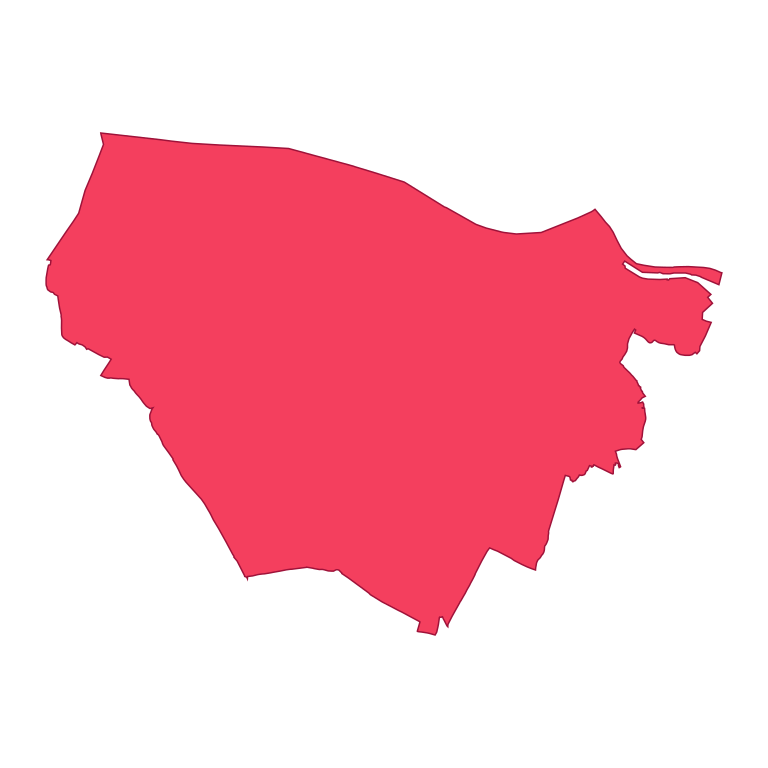 the district of Somova, Tulcea, Romania
{"feature_id": "2599482B80721058448437", "entity_name": "Somova", "entity_type": "district", "adm_level": 2, "iso_a3": "ROU", "parent_name": "Romania", "parent_adm1": "Tulcea", "projection": "mercator", "projection_center": [28.654, 45.188], "detail": "fine", "context": "isolated", "style": "filled", "palette": "rose", "viewbox_px": 768, "rotation_deg": 0, "n_neighbors": 0, "source": "geoboundaries", "source_scale": "gbopen_adm2", "svg_char_len": 6041}
<svg xmlns="http://www.w3.org/2000/svg" viewBox="0 0 768 768"><path d="M595.0,209.3L592.7,211.0L590.9,212.0L577.7,218.0L541.2,232.5L516.3,234.0L504.0,232.5L501.5,232.0L486.3,228.1L476.0,224.4L446.6,207.8L445.4,207.3L444.6,207.1L404.3,182.1L378.1,173.8L354.8,166.7L353.5,166.2L288.6,148.5L262.9,147.0L219.2,145.0L192.0,143.4L171.3,141.1L162.0,139.9L100.8,133.0L101.0,134.3L103.5,144.4L99.4,155.2L92.3,173.3L85.1,190.4L78.7,213.2L73.4,221.3L66.1,231.8L47.2,259.7L48.5,259.8L50.9,260.5L50.7,262.4L50.3,264.7L50.0,264.9L49.0,265.0L48.7,265.1L48.4,265.7L47.7,268.9L46.2,277.6L46.1,280.2L46.1,284.0L46.3,285.7L47.0,287.4L47.3,288.8L47.8,289.8L50.5,291.8L51.0,292.0L53.0,292.4L53.5,292.8L54.2,293.9L54.6,294.3L57.8,295.9L58.2,299.0L59.6,308.1L61.1,314.5L61.2,315.6L61.1,316.3L61.4,318.1L61.6,320.3L61.5,327.9L61.8,334.4L61.9,335.0L62.5,336.3L63.6,337.8L65.5,339.3L68.2,340.9L71.3,342.9L74.9,344.9L75.5,344.3L76.9,342.6L78.3,343.6L79.2,344.0L82.3,344.9L85.1,346.9L86.7,349.3L88.1,348.7L98.6,354.5L104.1,357.2L107.5,357.1L111.2,359.2L109.0,362.7L104.1,370.1L100.8,375.5L104.9,377.4L107.5,378.1L109.5,378.1L110.8,377.9L113.4,378.3L118.6,378.7L119.7,378.6L123.5,378.7L129.0,379.3L129.7,384.1L129.9,385.1L130.8,386.5L131.3,387.6L131.7,388.2L132.8,389.6L133.8,390.5L135.7,393.1L137.5,395.1L138.2,395.8L139.2,396.9L141.0,399.2L142.9,402.0L144.0,403.4L146.4,406.2L149.6,408.3L150.1,408.5L150.4,408.5L152.9,407.8L152.0,409.1L151.5,410.3L150.9,412.0L150.3,413.5L149.9,414.7L149.8,415.8L149.9,418.8L150.1,419.7L150.5,421.1L151.5,422.7L151.6,423.2L151.8,424.8L152.0,425.6L153.2,428.2L153.9,429.4L156.0,431.9L157.3,434.1L157.5,434.0L158.6,435.1L159.0,435.7L162.0,441.8L162.5,443.5L163.2,445.0L163.6,445.7L164.7,447.2L168.6,452.5L173.1,458.9L172.9,459.7L176.6,465.9L178.7,470.0L181.3,475.6L183.7,479.2L186.1,482.3L201.3,499.1L204.6,503.8L208.3,510.2L209.4,512.0L210.7,514.4L213.4,519.9L218.6,528.5L225.9,541.6L232.7,554.3L234.0,556.3L233.9,557.2L237.1,561.0L244.8,576.1L244.7,576.4L244.8,576.5L246.0,576.9L246.5,577.2L246.9,577.6L247.4,578.7L247.6,576.5L252.6,575.9L257.8,574.6L259.6,574.3L262.0,574.0L264.7,573.8L270.7,572.8L273.1,572.3L280.5,571.0L286.4,569.8L290.0,569.3L291.9,569.2L306.8,567.3L306.8,567.2L313.3,568.3L313.7,568.5L319.3,569.5L322.2,569.4L323.9,569.7L328.2,570.9L331.5,571.1L333.6,571.1L335.8,569.9L336.8,569.7L338.0,569.8L338.9,570.1L341.3,572.5L341.8,572.9L341.8,573.5L348.3,577.9L368.8,593.0L370.4,594.7L382.1,601.9L398.4,610.4L401.5,611.9L419.6,621.6L419.9,621.8L419.9,622.2L417.4,630.9L417.4,631.4L418.7,631.7L422.2,632.1L427.2,632.9L429.1,633.3L435.1,635.0L436.4,632.7L436.8,631.9L436.9,631.3L437.8,627.4L438.4,624.4L439.4,617.4L439.6,617.1L441.1,617.3L442.0,616.8L442.3,616.7L442.5,616.8L443.5,619.2L443.8,619.6L447.0,625.9L447.8,626.7L447.9,624.6L448.5,623.3L452.2,616.1L459.7,602.7L460.2,601.6L460.8,600.9L463.6,596.0L465.2,593.3L466.9,589.9L469.6,585.2L470.4,583.5L473.0,578.7L475.1,574.5L475.0,574.3L475.1,574.0L481.8,560.8L487.1,551.3L489.6,547.9L494.0,549.8L497.6,551.2L511.2,558.3L514.2,560.5L522.0,564.5L527.2,566.9L532.0,568.8L535.5,570.0L535.7,567.6L536.1,565.5L536.4,563.6L536.6,562.8L536.9,562.0L537.8,560.1L540.3,557.6L541.7,555.2L542.5,554.5L543.6,552.6L544.0,551.5L544.3,550.2L544.4,549.5L544.5,547.6L544.7,546.1L545.9,544.5L546.8,542.7L547.9,539.8L548.1,539.1L548.2,535.8L548.6,533.3L548.6,532.3L548.5,531.3L549.0,529.5L554.7,511.0L558.3,499.4L563.8,480.3L565.3,475.4L568.8,476.3L569.5,476.7L570.0,477.3L570.5,480.0L571.9,480.3L572.1,481.2L572.9,481.8L573.1,481.7L573.8,481.1L575.2,480.7L575.7,480.2L576.7,478.8L578.2,477.1L579.2,475.5L579.3,475.1L580.0,475.1L580.9,475.4L582.3,475.3L583.6,474.9L584.5,474.5L585.1,473.7L586.2,471.0L587.3,470.4L587.8,469.3L589.5,465.6L591.5,466.3L591.4,467.0L592.0,467.1L592.4,466.2L593.3,466.2L593.7,464.9L594.2,464.9L597.9,466.9L602.4,469.0L611.1,473.3L612.7,473.9L613.2,473.7L613.3,469.9L613.9,465.8L614.0,464.9L614.7,465.1L615.3,465.1L615.7,464.4L615.3,463.2L616.0,463.0L617.3,463.1L618.5,464.0L618.5,465.8L619.2,467.6L620.0,467.2L620.6,466.7L617.4,458.3L616.7,455.8L616.5,454.2L615.4,451.2L620.4,449.6L622.0,449.3L628.0,448.8L630.4,448.8L635.0,449.5L635.9,449.6L643.8,442.7L641.2,439.4L641.9,437.4L642.1,436.5L642.7,430.7L643.4,426.8L644.0,424.9L645.2,421.4L645.7,419.1L645.7,417.3L645.2,413.8L644.8,411.6L644.6,408.4L644.2,408.3L642.3,408.2L642.2,407.8L644.0,407.3L643.7,405.7L643.7,404.0L643.2,403.3L642.8,402.2L642.5,402.0L640.9,402.7L638.1,403.1L638.1,402.2L640.3,400.0L642.2,397.8L645.3,396.3L642.8,393.1L642.5,392.2L642.4,391.7L642.2,391.8L641.7,390.9L641.2,390.1L640.7,388.7L640.4,388.1L640.5,388.0L640.7,387.3L640.6,387.0L639.6,386.6L639.3,385.9L638.5,385.6L638.4,384.8L637.0,381.8L636.9,380.8L636.2,380.4L632.9,376.3L631.6,375.1L630.1,373.3L624.0,367.4L623.2,365.7L620.5,363.6L619.8,362.5L620.1,361.4L622.2,358.9L622.7,357.4L623.7,355.9L624.7,354.6L626.7,351.2L627.5,347.9L627.5,343.9L629.0,338.6L632.5,332.2L634.5,329.1L635.7,330.0L634.4,333.0L642.2,336.4L644.3,337.8L645.7,339.1L648.1,341.8L649.4,342.7L650.6,342.8L651.1,342.7L652.0,342.3L653.3,340.9L654.2,340.2L655.4,340.4L657.0,341.6L659.0,342.7L660.8,343.2L664.3,343.7L668.7,344.7L673.8,344.7L674.4,345.1L674.7,347.1L675.2,349.1L675.9,350.8L676.9,352.3L678.7,353.7L680.2,354.5L682.3,354.9L685.0,355.3L689.5,355.3L692.0,354.7L695.2,352.3L696.9,353.8L699.6,350.7L699.9,346.5L705.4,335.9L711.2,322.4L706.4,321.2L702.2,319.4L702.6,312.4L712.5,303.3L707.7,297.3L710.9,294.4L697.8,282.7L685.2,277.7L669.7,278.7L668.6,280.0L667.1,279.8L667.1,279.1L659.9,279.5L647.9,279.1L642.6,278.2L639.5,277.0L625.2,268.2L625.0,266.0L622.6,264.1L624.7,261.1L642.4,272.3L657.6,272.9L659.9,272.4L663.0,273.7L669.9,273.8L673.9,273.0L685.5,273.0L690.6,274.2L691.6,274.9L695.8,275.1L700.8,276.7L701.0,277.1L718.9,284.7L721.9,272.8L720.7,272.5L715.3,270.1L709.9,268.4L703.8,267.5L688.4,266.6L678.7,266.8L674.2,267.0L672.9,267.4L664.3,267.3L655.0,267.0L644.1,265.3L636.4,263.7L630.8,259.2L627.0,255.8L621.2,248.3L617.2,240.7L613.2,232.3L609.5,226.5L605.5,222.2L601.3,216.8L595.0,209.3Z" fill="#f43f5e" stroke="#9f1239" stroke-width="1.5"/></svg>